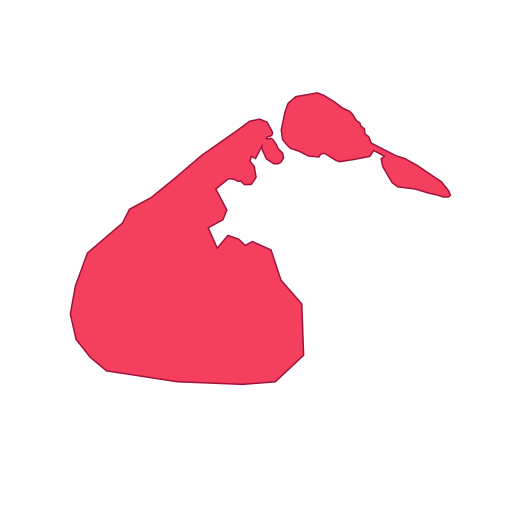 Losap, Federated States of Micronesia (Natural Earth projection), rotated 145°
{"feature_id": "79324940B35142338686244", "entity_name": "Losap", "entity_type": "district", "adm_level": 2, "iso_a3": "FSM", "parent_name": "Federated States of Micronesia", "parent_adm1": "", "projection": "natural_earth1", "projection_center": [152.733, 6.895], "detail": "fine", "context": "isolated", "style": "filled", "palette": "rose", "viewbox_px": 512, "rotation_deg": 145, "n_neighbors": 0, "source": "geoboundaries", "source_scale": "gbopen_adm2", "svg_char_len": 1492}
<svg xmlns="http://www.w3.org/2000/svg" viewBox="0 0 512 512"><g transform="rotate(145 256 256)"><path d="M174.1,345.8L172.7,346.6L171.5,347.9L170.2,359.3L174.4,366.0L184.1,370.1L198.2,369.6L242.6,369.6L279.2,366.1L308.3,364.0L332.8,366.9L346.3,359.6L392.4,355.1L421.2,335.0L441.4,314.9L451.2,290.9L449.9,268.3L444.4,247.7L392.8,198.3L340.7,158.6L312.4,141.9L273.9,147.4L246.0,190.5L249.4,221.9L240.2,252.3L250.7,269.9L258.8,270.9L260.5,279.7L267.2,289.0L283.3,284.6L279.0,306.5L262.2,304.7L253.5,310.4L250.5,333.9L234.2,335.1L230.2,331.8L227.9,327.6L225.4,326.1L224.5,321.1L218.8,317.3L210.7,320.5L206.1,330.4L206.6,337.2L202.6,340.3L200.5,336.1L188.1,342.6L190.0,339.1L191.8,329.6L188.5,321.4L185.2,319.0L182.2,318.4L177.2,320.4L175.2,325.0L176.3,331.3L175.4,335.9L175.4,338.3L175.3,341.6L176.4,344.0L180.0,345.5L180.0,346.5L177.9,347.0L175.1,345.9L174.1,345.8ZM165.7,324.0L160.4,316.8L155.6,307.7L147.7,301.0L144.4,302.5L140.9,300.7L135.8,288.7L133.3,285.2L120.6,279.0L105.7,272.3L99.1,274.9L93.5,264.1L97.8,263.8L100.9,256.7L102.4,237.9L100.1,231.2L87.7,220.1L78.1,208.0L72.2,201.6L68.7,196.9L64.4,194.0L61.9,194.3L60.8,198.9L61.6,210.7L66.2,222.4L72.0,237.7L78.3,250.6L83.9,257.9L96.8,282.3L95.3,289.3L96.8,293.4L94.3,297.8L95.6,302.8L94.6,305.4L96.1,309.3L95.6,316.6L96.3,320.7L100.4,328.0L103.4,337.4L108.3,348.6L112.1,354.4L116.2,356.3L131.9,363.7L142.1,362.7L149.9,357.1L163.0,344.8L167.4,336.2L166.9,328.5L165.7,324.0Z" fill="#f43f5e" stroke="#9f1239" stroke-width="1.5"/></g></svg>